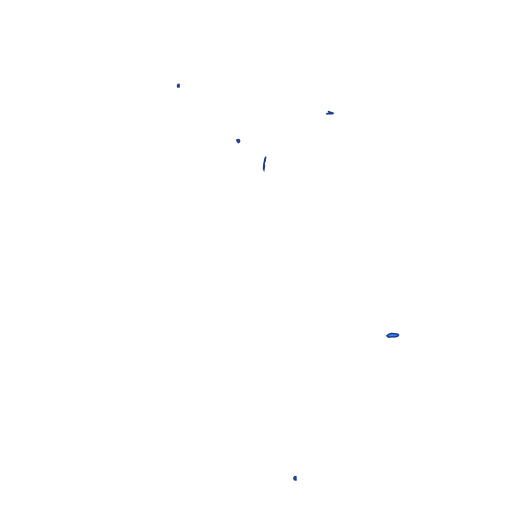 map outline of Tuamotu-Gambier (Albers equal-area conic projection), rotated 35°
{"feature_id": "PYF-4965", "entity_name": "Tuamotu-Gambier", "entity_type": "state/province", "adm_level": 1, "iso_a3": "PYF", "parent_name": "French Polynesia", "parent_adm1": "", "projection": "albers", "projection_center": [-142.294, -18.652], "detail": "coarse", "context": "isolated", "style": "filled", "palette": "blue", "viewbox_px": 512, "rotation_deg": 35, "n_neighbors": 0, "source": "natural_earth", "source_scale": "10m", "svg_char_len": 761}
<svg xmlns="http://www.w3.org/2000/svg" viewBox="0 0 512 512"><g transform="rotate(35 256 256)"><path d="M415.7,243.0L413.6,244.2L411.2,246.5L409.0,246.3L409.6,244.2L411.3,241.7L416.8,238.8L418.0,238.9L418.2,239.8L417.8,240.8L415.7,243.0ZM414.4,414.4L415.2,413.9L417.2,416.5L416.1,417.2L414.9,416.8L414.2,415.7L414.4,414.4ZM174.4,170.9L175.6,170.5L176.5,171.0L176.9,172.1L176.5,173.2L174.3,172.6L173.8,171.8L174.4,170.9ZM212.9,180.7L212.1,180.2L209.9,176.5L207.5,171.1L207.2,168.9L207.6,170.7L208.8,172.5L209.6,175.6L211.4,177.6L212.9,180.7ZM95.1,162.4L94.2,161.8L93.8,160.9L94.0,159.9L94.5,159.6L96.0,161.6L95.1,162.4ZM232.0,99.3L234.0,97.2L236.9,95.1L231.9,96.3L237.2,94.8L237.1,95.5L232.0,99.3Z" fill="#3b82f6" stroke="#1e3a8a" stroke-width="1.5"/></g></svg>